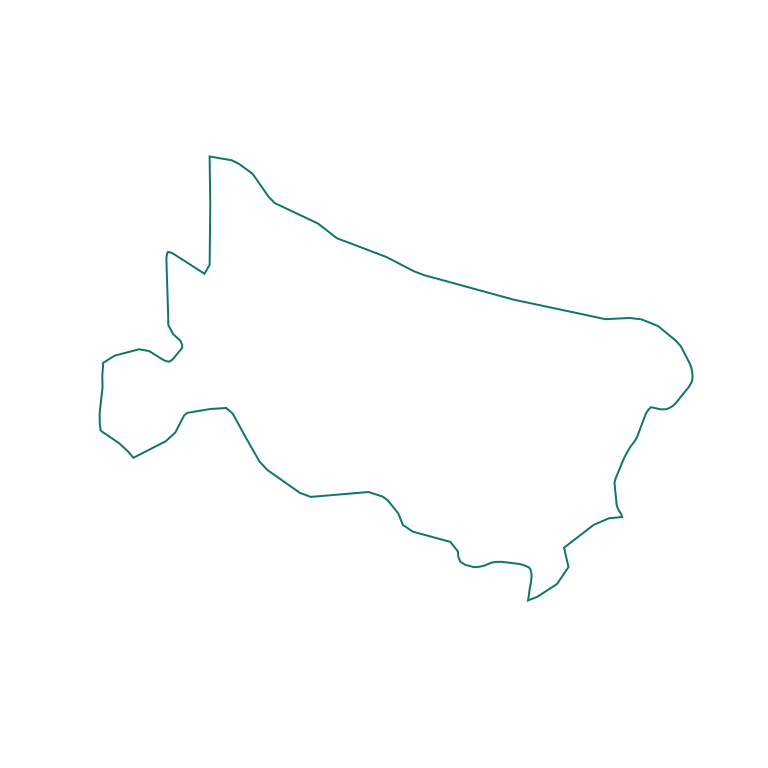 SVG path tracing the border of Zacapa, rotated 34°
{"feature_id": "GTM-1963", "entity_name": "Zacapa", "entity_type": "Department", "adm_level": 1, "iso_a3": "GTM", "parent_name": "Guatemala", "parent_adm1": "", "projection": "mercator", "projection_center": [-89.448, 15.041], "detail": "fine", "context": "isolated", "style": "outline", "palette": "teal", "viewbox_px": 768, "rotation_deg": 34, "n_neighbors": 0, "source": "natural_earth", "source_scale": "10m", "svg_char_len": 1725}
<svg xmlns="http://www.w3.org/2000/svg" viewBox="0 0 768 768"><g transform="rotate(34 384 384)"><path d="M655.8,361.1L645.5,369.6L636.6,383.5L624.8,419.0L639.3,432.6L639.3,452.9L630.1,474.7L624.4,482.9L624.1,482.3L621.8,477.0L620.7,475.3L620.0,473.5L619.0,471.8L616.8,466.4L614.0,461.1L612.8,459.4L611.6,458.1L610.3,456.8L608.9,455.8L607.0,455.0L603.1,455.6L597.4,457.2L581.0,465.6L576.0,469.1L573.0,472.0L569.1,477.9L565.7,481.8L561.1,485.5L552.3,488.5L546.7,488.7L541.9,485.4L538.9,481.5L527.3,477.8L490.6,490.3L478.5,490.3L468.2,483.3L452.0,478.3L445.8,478.1L431.4,482.3L386.5,518.5L375.2,521.3L335.4,520.5L324.4,518.0L300.6,506.3L275.3,493.2L266.6,492.1L253.8,502.0L236.9,518.1L235.9,522.0L238.1,540.8L235.1,553.4L217.5,585.3L209.1,583.0L197.2,581.2L177.3,581.2L174.9,580.9L170.6,575.9L164.5,567.1L152.6,544.3L145.7,534.5L141.3,526.6L139.2,523.9L144.9,511.0L161.6,492.1L170.9,488.0L186.9,487.5L190.5,486.9L193.5,485.6L195.0,482.0L196.5,466.8L194.7,464.3L190.9,462.0L181.4,460.6L172.3,455.8L166.4,447.4L133.7,402.1L131.7,398.5L131.0,395.4L134.0,394.2L137.5,393.8L173.5,393.0L172.8,382.7L139.7,332.5L112.2,292.9L132.6,283.7L140.4,282.6L157.5,283.2L183.6,293.3L192.3,295.1L239.6,287.9L263.4,289.5L314.8,277.4L345.2,273.9L356.2,271.4L444.3,241.6L531.4,206.4L550.8,191.8L561.5,186.4L578.8,182.7L601.6,184.9L609.0,186.7L626.3,196.2L628.4,197.6L630.8,199.7L634.5,203.7L636.3,206.3L637.5,208.7L638.0,210.9L638.4,215.8L636.7,235.1L635.9,240.1L635.2,241.9L633.4,245.3L632.1,246.9L630.8,248.1L627.7,250.2L618.4,253.9L617.6,257.1L617.7,262.2L623.5,286.7L623.8,291.5L623.3,298.9L624.4,311.0L628.8,332.7L630.3,337.0L644.8,354.5L648.0,356.8L653.4,359.2L655.4,360.8L655.8,361.1Z" fill="none" stroke="#0f766e" stroke-width="2"/></g></svg>